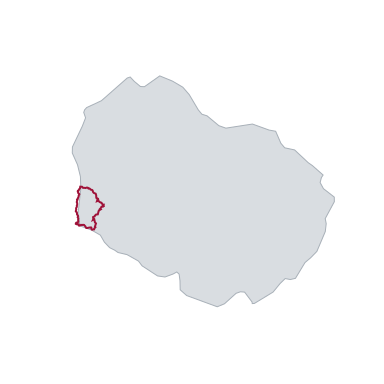 Kriva Palanka, Kriva Palanka, North Macedonia (highlighted), rotated 225°
{"feature_id": "65306769B37694813292745", "entity_name": "Kriva Palanka", "entity_type": "district", "adm_level": 2, "iso_a3": "MKD", "parent_name": "North Macedonia", "parent_adm1": "Kriva Palanka", "projection": "equal_earth", "projection_center": [22.335, 42.244], "detail": "fine", "context": "in_parent", "style": "outline", "palette": "rose", "viewbox_px": 384, "rotation_deg": 225, "n_neighbors": 0, "source": "geoboundaries", "source_scale": "gbopen_adm2", "svg_char_len": 3479}
<svg xmlns="http://www.w3.org/2000/svg" viewBox="0 0 384 384"><g transform="rotate(225 192 192)"><path d="M175.1,104.5L181.0,105.3L193.6,101.8L201.5,96.9L205.5,96.2L210.9,94.4L218.5,94.6L226.3,96.7L236.2,94.0L245.9,89.4L249.8,90.6L254.1,94.4L256.8,95.5L273.0,115.8L281.8,124.0L292.2,130.3L304.2,134.9L308.4,139.3L316.1,161.0L319.7,169.2L324.8,171.7L326.0,174.1L326.2,177.2L320.6,192.5L318.4,226.8L317.0,229.6L311.0,229.4L303.1,230.1L300.1,232.8L296.9,251.3L284.2,256.6L272.6,259.6L262.8,258.9L245.6,254.5L240.0,254.0L235.2,256.5L219.9,257.9L213.2,261.1L197.3,282.8L181.3,290.3L175.8,294.1L163.6,289.3L157.7,288.8L149.2,294.3L130.6,294.9L125.6,295.8L111.3,296.7L110.7,293.7L108.1,289.3L101.4,287.3L87.8,289.0L84.5,285.8L79.0,267.4L74.7,264.5L69.8,258.3L61.7,238.3L61.6,229.6L62.2,222.0L57.8,204.1L60.6,199.6L64.9,196.7L65.0,189.6L63.9,178.6L69.1,157.3L70.5,155.7L71.8,156.7L84.0,158.4L87.2,155.7L89.2,151.5L90.0,135.9L93.0,128.7L122.5,115.0L131.2,114.5L137.8,120.8L143.0,124.8L146.2,124.7L147.4,120.6L151.0,112.8L157.0,108.3L175.0,104.5L175.1,104.5Z" fill="#d9dde1" stroke="#a8b0b8" stroke-width="1"/><path d="M268.1,121.2L268.9,121.2L269.5,120.8L270.1,119.5L270.8,119.1L271.4,118.4L272.3,117.8L272.9,118.0L273.6,117.9L274.2,117.2L274.4,117.0L274.8,116.8L274.7,116.5L274.3,116.0L273.9,115.6L273.7,115.2L273.7,114.9L273.8,114.3L273.7,113.9L273.4,113.4L273.2,112.8L273.4,112.6L273.6,112.3L273.6,112.2L273.2,111.6L272.8,111.4L272.4,111.3L271.6,110.8L271.2,110.9L270.8,110.9L270.5,110.9L270.1,110.8L270.0,110.7L269.9,110.1L269.7,109.8L269.7,109.5L269.5,109.2L269.1,108.8L268.9,108.4L268.7,108.0L268.6,107.7L268.3,106.8L268.1,106.7L267.9,106.3L267.7,106.0L267.8,105.8L267.9,105.6L268.0,105.4L267.9,105.2L267.5,105.0L267.1,104.8L266.8,104.1L266.6,103.7L266.3,103.4L266.1,103.2L265.6,103.1L265.3,102.9L264.8,102.4L264.6,102.2L264.2,101.8L264.1,101.7L263.9,101.0L263.4,100.6L263.2,100.4L263.0,100.1L262.8,99.7L262.7,99.2L262.6,98.8L262.4,98.5L262.0,98.1L261.5,97.8L261.1,97.0L260.7,96.4L260.4,96.1L259.4,96.2L258.7,95.9L258.4,95.8L257.8,95.1L257.5,94.9L257.4,94.9L256.6,94.7L256.0,94.6L255.9,94.6L255.7,94.5L255.5,94.3L255.4,94.2L255.0,93.3L254.0,93.0L253.7,92.9L253.4,92.5L253.2,92.2L252.9,91.9L252.6,91.6L252.1,91.2L251.8,91.0L251.5,90.7L251.4,90.6L251.3,90.2L251.6,89.5L252.1,88.5L252.0,87.7L251.9,87.6L251.6,87.3L250.9,87.6L250.7,87.7L250.5,87.8L250.4,87.9L250.2,88.0L250.0,88.4L249.8,88.7L249.6,88.9L249.4,89.0L249.2,89.0L249.0,88.9L248.8,88.6L248.7,88.5L248.6,88.4L248.2,88.3L247.5,88.9L247.3,89.5L247.4,89.8L247.3,90.0L246.9,90.6L246.5,90.8L246.3,91.0L245.9,91.7L245.0,92.4L244.2,92.3L243.2,92.3L242.2,92.0L242.0,91.9L241.7,91.8L241.2,91.9L240.5,92.6L239.9,93.6L239.4,94.3L238.8,95.0L238.6,95.3L238.3,95.6L238.1,95.6L237.8,95.5L237.7,95.3L237.5,95.1L237.4,95.0L237.2,94.9L236.5,94.6L236.0,94.7L235.7,95.1L235.5,95.5L235.4,95.7L235.0,96.2L234.8,96.4L235.3,97.1L235.4,98.8L236.2,98.9L237.7,101.9L239.2,101.9L241.8,103.6L242.3,102.2L242.6,103.0L244.2,104.3L243.6,105.9L243.9,106.5L243.9,108.2L242.8,109.6L244.6,112.6L244.6,113.9L244.3,115.0L245.1,114.8L245.2,116.9L245.6,117.5L245.1,118.6L244.6,118.7L244.4,119.7L245.3,120.1L245.5,120.5L246.1,119.8L246.9,120.2L248.0,120.1L248.4,120.4L250.2,119.6L252.1,119.6L252.7,118.3L253.2,119.3L252.8,120.2L253.5,120.7L254.0,120.4L254.4,120.6L255.1,120.1L255.9,120.5L257.4,121.9L258.9,122.7L260.9,121.9L262.2,122.1L263.3,122.8L264.1,122.8L265.4,122.0L266.5,122.1L268.2,121.5L268.1,121.2Z" fill="none" stroke="#9f1239" stroke-width="2"/></g></svg>